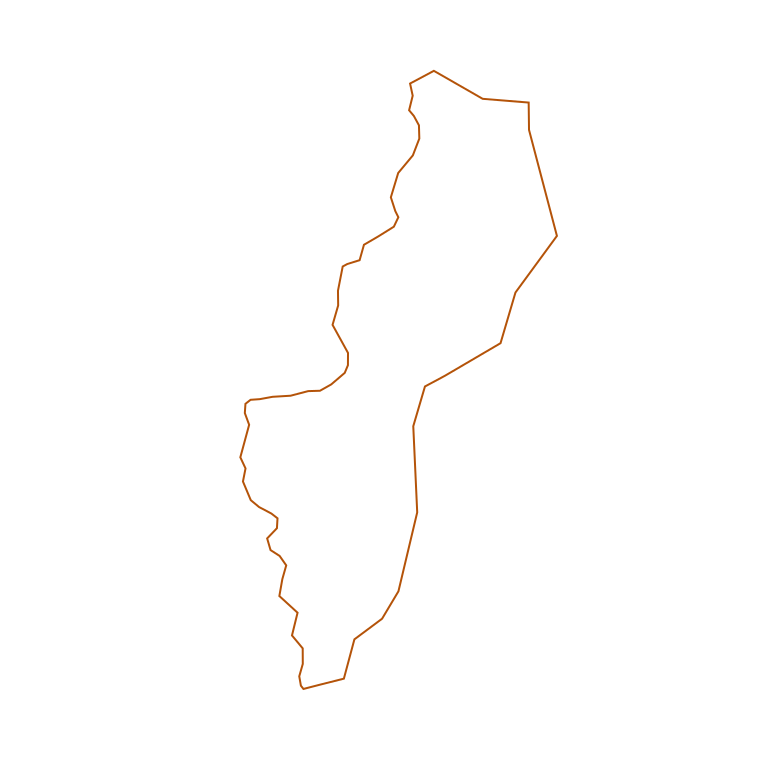 the district of Casupá, Florida, Uruguay, rotated 195°
{"feature_id": "84410073B34818578837799", "entity_name": "Casupá", "entity_type": "district", "adm_level": 2, "iso_a3": "URY", "parent_name": "Uruguay", "parent_adm1": "Florida", "projection": "mercator", "projection_center": [-55.622, -34.095], "detail": "fine", "context": "isolated", "style": "outline", "palette": "amber", "viewbox_px": 768, "rotation_deg": 195, "n_neighbors": 0, "source": "geoboundaries", "source_scale": "gbopen_adm2", "svg_char_len": 1024}
<svg xmlns="http://www.w3.org/2000/svg" viewBox="0 0 768 768"><g transform="rotate(195 384 384)"><path d="M436.6,681.0L430.9,669.9L430.6,654.9L424.5,650.6L417.2,642.9L413.4,630.2L415.3,612.3L424.9,591.5L425.7,566.1L417.8,553.9L413.3,548.8L415.2,538.5L427.8,525.0L439.4,513.3L439.6,497.3L450.5,490.4L454.3,486.8L452.6,462.2L448.6,448.0L449.0,427.8L426.8,404.7L423.7,392.8L424.8,384.6L434.9,369.9L444.1,360.9L455.4,357.5L471.2,348.5L488.3,342.8L500.1,337.2L508.8,334.2L512.7,329.0L510.9,319.9L503.7,309.7L503.8,276.0L495.9,266.6L495.0,253.3L482.6,237.3L472.8,232.8L459.2,229.7L452.1,226.7L450.1,217.0L454.2,209.5L456.9,204.6L450.6,194.2L440.3,190.9L431.5,183.5L431.7,169.2L430.2,152.1L408.3,140.7L407.8,117.3L394.1,107.6L390.0,92.6L390.2,79.7L386.2,71.1L382.9,68.6L367.3,77.4L346.5,89.0L346.5,129.7L325.1,156.8L316.4,187.5L318.7,268.6L344.8,350.8L343.8,392.2L327.1,407.9L282.0,453.6L280.7,506.4L255.3,571.8L309.7,667.0L317.1,693.3L362.5,685.0L416.9,699.4L436.6,681.0Z" fill="none" stroke="#b45309" stroke-width="2"/></g></svg>